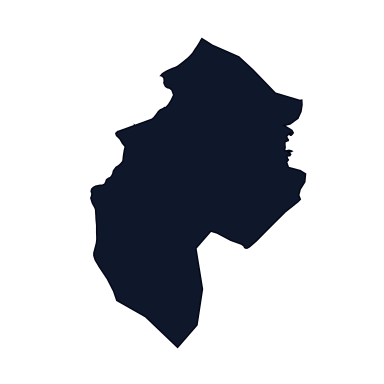 Al Matammah, Al Jawf, Yemen (orthographic projection), rotated 32°
{"feature_id": "15242507B78310888001164", "entity_name": "Al Matammah", "entity_type": "district", "adm_level": 2, "iso_a3": "YEM", "parent_name": "Yemen", "parent_adm1": "Al Jawf", "projection": "orthographic", "projection_center": [44.392, 16.198], "detail": "fine", "context": "isolated", "style": "filled", "palette": "ink", "viewbox_px": 384, "rotation_deg": 32, "n_neighbors": 0, "source": "geoboundaries", "source_scale": "gbopen_adm2", "svg_char_len": 3143}
<svg xmlns="http://www.w3.org/2000/svg" viewBox="0 0 384 384"><g transform="rotate(32 192 192)"><path d="M119.1,56.7L119.1,58.6L119.3,61.0L119.3,63.5L119.3,66.2L119.1,69.0L119.1,71.3L119.1,73.6L118.7,76.1L118.2,78.6L117.6,81.0L116.7,83.5L115.8,86.3L115.0,88.5L114.0,91.2L113.1,93.3L111.8,95.4L110.2,97.3L108.8,99.4L107.5,101.3L106.3,103.2L105.1,105.5L104.2,107.6L103.9,109.8L104.5,109.5L107.5,109.9L109.1,111.8L110.2,113.7L110.2,114.2L111.5,115.2L113.6,116.5L116.0,116.5L117.9,115.8L118.2,115.7L120.5,116.1L120.8,116.0L124.9,119.3L125.3,120.3L125.3,121.1L125.8,125.1L125.8,130.3L125.1,134.2L124.0,134.9L124.0,135.1L122.9,137.3L121.6,139.1L120.9,141.6L120.8,144.0L120.6,146.4L120.3,148.9L119.7,151.1L118.4,152.9L108.4,165.7L108.0,165.7L108.2,165.9L97.6,179.4L96.9,180.1L96.3,182.6L98.2,184.2L99.7,184.4L102.0,185.0L102.9,185.2L106.5,187.1L106.9,187.4L111.4,188.9L112.6,192.6L114.9,198.0L116.9,202.0L117.0,203.9L116.5,206.3L116.3,207.3L115.2,210.0L114.5,211.2L114.2,215.7L115.2,218.5L115.4,220.6L115.2,222.9L113.9,224.7L113.0,226.9L113.6,229.2L113.8,231.6L112.3,233.9L110.5,235.0L108.2,237.2L107.1,238.3L105.9,240.5L105.4,242.7L106.2,245.0L108.0,246.3L109.0,248.6L109.4,250.7L112.7,253.6L113.6,254.3L117.9,256.7L119.4,257.8L121.1,260.1L122.9,262.6L125.0,265.7L128.8,270.7L130.8,273.9L132.8,277.1L134.2,279.1L136.3,282.3L138.0,285.8L139.9,291.8L141.1,295.7L142.0,297.1L142.4,297.8L143.7,299.0L146.1,301.0L150.3,303.1L152.7,304.4L166.4,310.6L178.1,317.6L185.7,323.8L218.7,322.4L262.1,331.4L266.7,302.2L256.5,278.5L252.3,268.8L225.1,237.7L225.2,237.2L228.7,215.2L234.9,213.5L246.1,212.7L250.4,212.4L261.5,210.0L263.4,210.1L264.6,210.2L266.0,211.2L267.4,211.1L268.5,210.4L269.8,208.0L272.3,199.9L272.6,198.8L274.8,188.8L278.1,174.4L281.2,161.2L281.5,159.7L281.7,159.1L283.0,155.4L283.8,153.2L284.4,151.6L285.9,147.1L286.0,146.9L286.9,144.4L287.7,140.8L284.1,138.1L282.9,134.3L282.7,133.7L282.3,132.7L282.3,128.7L282.3,123.7L278.7,116.5L272.4,116.5L269.6,117.4L268.5,117.7L263.3,119.3L260.8,120.1L258.5,118.3L258.2,118.0L256.3,116.5L256.7,113.7L256.1,113.4L255.4,113.3L255.2,113.1L254.4,112.3L253.4,111.3L253.7,110.7L253.8,110.6L255.0,110.0L255.2,109.8L255.7,109.3L255.7,107.7L255.4,107.6L254.7,107.6L254.4,107.6L253.4,107.3L253.2,107.3L252.3,107.1L252.3,106.9L252.3,106.6L252.8,106.5L253.2,106.3L254.1,106.0L254.7,105.0L255.1,104.4L254.7,104.4L254.0,104.7L253.8,104.7L252.1,105.3L250.2,107.1L249.6,107.7L248.7,107.4L247.7,106.9L247.9,106.2L247.6,105.5L247.4,104.9L245.8,102.8L244.9,101.4L244.4,100.6L244.3,100.3L244.4,100.2L244.8,99.5L245.3,98.7L246.1,97.7L246.3,97.5L246.3,97.4L246.2,96.9L243.2,95.3L243.0,94.8L242.7,94.2L243.0,93.0L243.6,90.7L244.0,90.1L244.1,89.8L244.2,90.0L244.4,90.2L244.5,90.3L244.5,91.4L244.5,91.5L244.9,91.6L245.3,91.7L245.5,91.7L246.1,91.1L246.2,90.6L246.2,90.4L246.3,90.2L246.5,88.5L246.5,88.3L246.5,88.2L244.4,87.0L244.1,86.8L243.0,86.8L234.7,86.9L239.2,82.3L241.6,76.2L242.8,73.3L242.7,73.2L241.8,66.1L241.7,65.8L239.1,59.8L236.4,55.9L235.0,57.2L214.5,62.8L210.3,64.0L195.1,60.2L181.4,56.8L178.6,56.1L160.1,52.6L133.3,56.5L131.3,56.8L125.3,56.7L119.1,56.7Z" fill="#0f172a" stroke="#020617" stroke-width="1.5"/></g></svg>